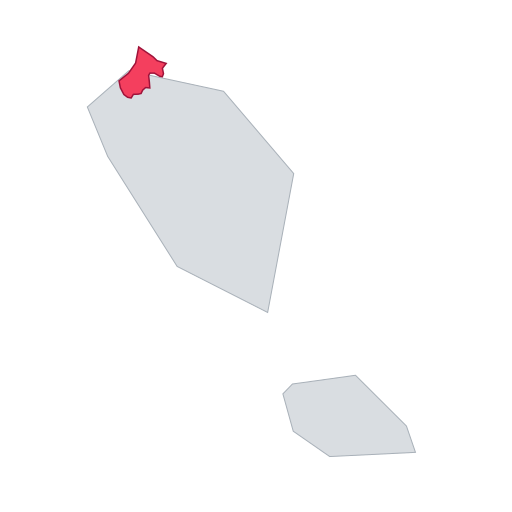 where Birżebbuġa sits in Malta, rotated 191°
{"feature_id": "MLT-5968", "entity_name": "Birżebbuġa", "entity_type": "state/province", "adm_level": 1, "iso_a3": "MLT", "parent_name": "Malta", "parent_adm1": "", "projection": "equal_earth", "projection_center": [14.516, 35.821], "detail": "fine", "context": "in_parent", "style": "filled", "palette": "rose", "viewbox_px": 512, "rotation_deg": 191, "n_neighbors": 0, "source": "natural_earth", "source_scale": "10m", "svg_char_len": 745}
<svg xmlns="http://www.w3.org/2000/svg" viewBox="0 0 512 512"><g transform="rotate(191 256 256)"><path d="M450.0,370.1L416.3,413.5L319.3,411.5L234.7,344.1L233.8,202.8L331.4,230.7L420.6,325.5L450.0,370.1ZM195.8,137.3L135.6,157.9L75.9,117.8L62.0,93.7L145.4,73.2L186.0,91.1L203.3,125.8L195.8,137.3Z" fill="#d9dde1" stroke="#a8b0b8" stroke-width="1"/><path d="M423.9,401.8L416.0,411.1L411.0,422.4L411.0,438.8L394.9,431.8L390.5,428.9L380.9,427.9L382.5,424.8L383.7,422.4L381.6,417.3L382.2,414.1L384.9,414.1L390.6,416.1L395.0,415.3L395.9,412.9L393.8,406.2L392.3,400.7L396.5,400.3L398.9,397.2L399.8,393.6L402.5,392.4L407.2,391.3L408.7,387.3L412.3,387.3L416.5,389.3L421.2,395.2L423.9,401.8Z" fill="#f43f5e" stroke="#9f1239" stroke-width="1.5"/></g></svg>